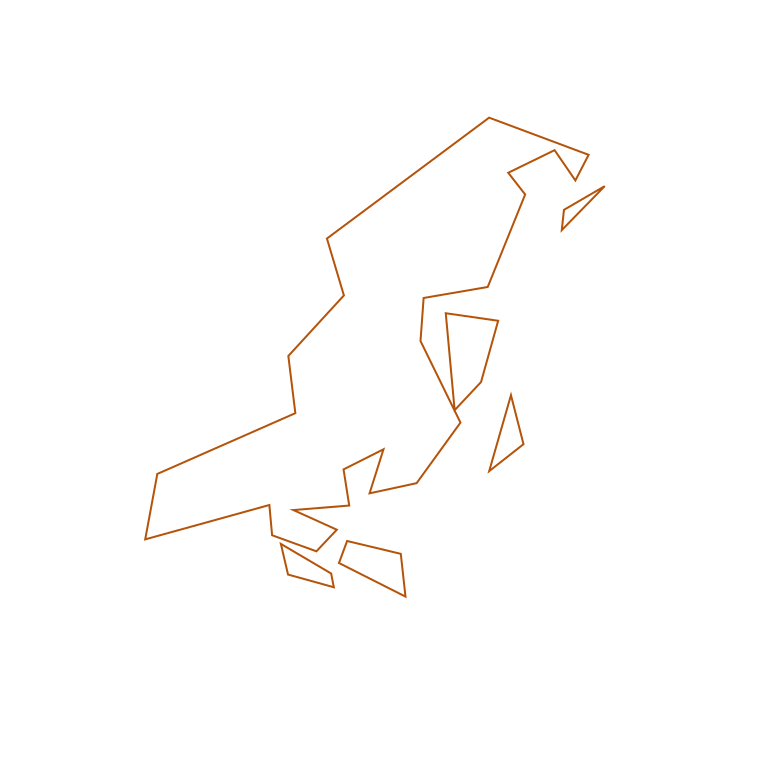 an SVG outline of Quảng Ninh, rotated 337°
{"feature_id": "VNM-429", "entity_name": "Quảng Ninh", "entity_type": "Province", "adm_level": 1, "iso_a3": "VNM", "parent_name": "Vietnam", "parent_adm1": "", "projection": "natural_earth1", "projection_center": [107.332, 21.181], "detail": "coarse", "context": "isolated", "style": "outline", "palette": "amber", "viewbox_px": 768, "rotation_deg": 337, "n_neighbors": 0, "source": "natural_earth", "source_scale": "10m", "svg_char_len": 771}
<svg xmlns="http://www.w3.org/2000/svg" viewBox="0 0 768 768"><g transform="rotate(337 384 384)"><path d="M388.3,227.8L584.8,179.9L661.9,253.0L639.7,271.4L632.4,235.4L580.9,238.1L588.0,264.7L517.4,335.2L454.1,320.3L434.4,358.7L439.3,449.4L375.3,488.0L328.0,479.0L358.0,443.9L313.4,446.8L304.5,482.3L251.3,464.6L283.6,499.7L256.4,511.6L221.9,479.5L231.2,450.6L103.5,433.7L140.2,378.2L291.0,376.2L306.9,320.8L381.7,286.8L388.3,227.8ZM513.8,370.4L474.1,420.1L438.8,435.7L468.5,343.0L513.8,370.4ZM333.1,546.9L320.7,588.1L272.6,531.2L288.7,514.1L333.1,546.9ZM226.6,490.9L261.3,537.8L258.4,551.5L221.2,521.9L226.6,490.9ZM496.5,443.9L488.9,493.9L446.8,505.3L496.5,443.9ZM617.7,294.0L664.5,288.1L607.8,311.8L617.7,294.0Z" fill="none" stroke="#b45309" stroke-width="2"/></g></svg>